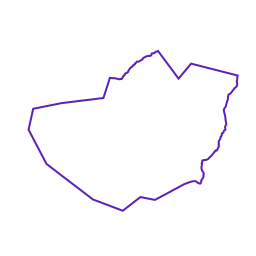 Cabana, Copán, Honduras (Albers equal-area conic projection), rotated 283°
{"feature_id": "27666195B19494062054761", "entity_name": "Cabana", "entity_type": "district", "adm_level": 2, "iso_a3": "HND", "parent_name": "Honduras", "parent_adm1": "Copán", "projection": "albers", "projection_center": [-89.051, 14.783], "detail": "fine", "context": "isolated", "style": "outline", "palette": "violet", "viewbox_px": 256, "rotation_deg": 283, "n_neighbors": 0, "source": "geoboundaries", "source_scale": "gbopen_adm2", "svg_char_len": 5512}
<svg xmlns="http://www.w3.org/2000/svg" viewBox="0 0 256 256"><g transform="rotate(283 128 128)"><path d="M112.9,207.9L113.1,208.0L113.3,208.2L113.5,208.4L113.6,208.7L113.8,209.0L113.9,209.3L114.0,209.5L114.0,209.9L114.1,210.2L114.2,210.5L114.3,210.8L114.6,211.5L114.9,211.8L115.2,212.3L115.4,212.6L115.6,212.8L116.0,213.1L117.7,214.1L119.9,215.6L120.4,215.9L120.8,216.1L121.8,216.5L122.4,216.8L123.2,217.2L124.3,217.7L124.7,218.0L125.0,218.1L125.5,218.2L125.7,218.3L125.8,218.5L125.9,218.9L125.9,219.1L125.9,219.3L126.0,219.6L126.6,219.8L127.0,219.9L128.1,220.1L128.8,220.2L129.3,220.3L130.2,220.6L130.4,220.7L130.6,220.7L130.8,220.6L131.2,220.4L131.4,220.3L131.5,220.3L131.8,220.2L132.0,220.2L132.6,220.2L132.8,220.3L133.0,220.2L133.4,220.1L133.7,219.9L133.9,219.7L134.1,219.7L134.3,219.6L134.6,219.5L135.0,219.5L135.4,219.5L135.7,219.5L136.2,219.6L136.6,219.7L137.0,219.9L137.6,220.2L137.8,220.2L138.1,220.3L138.3,220.3L138.6,220.3L138.8,220.3L139.2,220.3L139.5,220.2L139.8,220.3L140.1,220.3L140.3,220.4L140.5,220.5L141.0,220.7L141.3,220.9L141.6,220.9L141.9,221.0L142.2,221.0L142.4,221.0L142.6,220.9L143.0,220.8L143.2,220.7L143.4,220.7L143.7,220.7L143.9,220.8L144.1,221.0L144.4,221.4L144.4,221.5L144.6,221.7L144.8,221.8L145.0,221.9L145.3,222.0L145.5,222.0L145.9,221.9L146.2,221.9L146.5,222.0L147.0,222.2L147.2,222.3L147.4,222.5L147.6,222.8L147.8,223.0L148.0,223.1L148.3,223.2L148.6,223.2L148.9,223.1L149.2,223.0L149.6,222.8L150.0,222.6L150.4,222.4L150.9,222.4L151.5,222.4L151.9,222.5L152.4,222.6L152.9,222.8L153.1,222.8L153.3,222.9L153.6,222.9L153.9,222.8L154.3,222.7L154.9,222.5L155.4,222.3L156.3,221.9L157.3,221.5L158.8,220.9L160.4,220.5L160.7,220.3L161.2,220.1L163.8,218.8L165.8,217.8L166.5,217.5L166.6,217.4L166.8,217.4L167.0,217.3L167.6,217.4L168.0,217.4L168.5,217.5L168.9,217.6L169.3,217.7L169.6,217.8L170.0,218.0L170.4,218.2L170.6,218.3L171.0,218.4L171.5,218.5L172.1,218.5L173.2,218.4L173.8,218.5L174.3,218.5L176.3,218.7L177.2,218.8L178.0,218.8L178.5,218.8L179.1,218.7L180.8,218.5L182.0,218.4L182.6,218.4L182.9,218.5L183.2,218.6L183.3,218.7L183.5,218.8L184.0,219.4L184.2,219.7L184.4,219.9L184.7,220.0L185.0,220.3L185.4,220.4L187.5,221.4L190.6,222.8L190.8,222.9L191.0,223.1L191.8,223.7L192.1,224.0L192.4,224.1L192.8,224.4L193.2,224.5L193.6,224.6L193.8,224.7L194.1,224.7L194.5,224.7L194.9,224.6L195.4,224.5L196.4,224.2L196.9,224.0L197.6,223.6L197.8,223.6L198.0,223.5L198.4,223.5L198.9,223.6L199.3,223.6L199.7,223.5L201.2,223.2L201.6,223.2L202.7,223.1L203.8,223.1L204.9,175.0L187.5,166.2L209.8,139.9L209.5,139.7L209.4,139.6L209.2,139.3L208.8,138.6L208.5,137.7L208.1,137.6L207.5,137.2L207.1,136.8L206.9,136.7L206.6,136.2L206.4,135.8L206.3,135.4L206.2,134.8L206.2,134.7L205.9,134.4L205.6,134.3L205.4,134.3L205.1,134.4L204.7,134.4L204.2,134.2L203.9,134.1L203.6,133.8L203.4,133.7L203.3,133.4L203.1,133.1L203.1,132.8L203.0,132.4L203.0,132.2L202.9,131.9L202.8,131.6L202.5,130.8L202.4,130.6L202.1,130.1L201.8,129.6L201.2,128.9L200.5,128.1L199.9,127.5L199.3,126.9L199.1,126.8L198.9,126.7L198.4,126.8L198.2,126.7L197.7,126.3L196.4,124.8L195.0,123.3L194.9,123.1L194.8,122.8L194.8,122.6L194.8,122.2L194.7,121.8L194.5,121.6L194.4,121.5L194.2,121.5L194.1,121.4L193.7,121.3L193.5,121.2L193.3,121.1L193.0,120.9L192.6,120.5L192.4,120.3L192.2,120.3L191.8,120.3L191.7,120.3L191.5,120.2L191.3,120.2L191.1,120.0L191.0,119.9L190.9,119.8L190.8,119.5L190.7,119.4L190.6,119.2L190.4,119.1L190.2,118.9L189.9,118.8L189.6,118.7L189.2,118.6L188.9,118.5L188.7,118.3L188.6,118.2L188.4,118.0L188.2,117.7L187.5,117.1L187.1,116.9L186.5,116.6L185.9,116.3L185.1,116.0L184.3,115.7L184.1,115.6L183.8,115.6L183.6,115.5L183.3,115.6L183.1,115.5L182.8,115.5L182.6,115.4L182.1,115.0L181.5,114.5L181.3,114.3L181.2,114.1L180.9,113.6L180.8,113.4L180.6,113.2L180.4,113.1L180.1,112.9L179.9,112.9L179.4,112.9L179.1,112.8L178.8,112.7L178.6,112.6L178.4,112.3L178.2,112.1L177.9,111.9L177.7,111.9L177.5,112.0L177.4,112.0L177.2,111.9L176.9,111.7L174.5,110.9L174.4,110.8L174.2,110.5L174.1,110.3L174.1,110.1L174.2,109.8L174.2,109.7L174.0,109.4L173.8,109.2L173.7,109.1L173.6,108.8L173.6,108.6L173.5,107.9L173.5,107.3L173.6,106.9L173.7,106.4L173.7,106.1L173.6,105.9L173.5,105.6L173.4,105.4L173.4,105.0L173.4,104.9L173.4,104.7L173.5,104.4L173.6,104.2L173.6,103.8L173.6,103.5L173.5,103.2L173.4,102.9L173.2,102.5L173.1,102.2L172.9,100.4L172.8,99.5L172.7,99.1L151.7,97.3L137.3,57.7L125.4,31.3L104.0,31.5L74.7,56.6L50.5,109.8L46.2,141.5L63.5,155.6L64.0,170.4L85.9,195.4L86.2,195.9L86.5,196.2L89.8,201.4L90.6,203.1L91.0,204.1L91.1,204.4L91.2,204.9L91.3,205.3L91.3,205.6L91.3,205.9L91.3,206.2L91.2,206.5L91.1,206.8L90.7,207.4L90.5,207.9L90.4,208.2L90.2,208.6L90.1,209.3L90.0,210.0L90.0,210.3L90.0,210.5L90.1,210.9L90.2,211.0L90.5,211.2L90.6,211.3L90.8,211.2L91.0,211.1L91.4,211.1L91.5,211.1L92.0,211.3L92.3,211.4L92.7,211.4L92.9,211.3L93.2,211.3L93.3,211.2L93.5,211.2L93.7,211.3L93.8,211.4L94.3,211.6L94.7,211.8L95.8,212.1L96.5,212.3L96.9,212.4L97.6,212.5L98.2,212.5L98.3,212.5L98.4,212.4L98.6,212.2L98.8,212.1L99.0,212.0L99.3,212.0L99.5,212.0L99.9,212.2L100.1,212.2L100.5,212.1L100.8,212.0L101.0,211.9L101.3,211.7L101.6,211.5L101.8,211.3L102.2,210.8L102.4,210.5L102.9,210.1L103.5,209.7L104.0,209.3L104.4,209.0L104.8,208.8L105.4,208.7L105.8,208.5L106.1,208.5L107.2,208.3L108.0,208.3L108.7,208.3L109.3,208.3L109.4,208.2L109.5,208.2L109.8,208.0L109.9,207.9L110.0,207.8L110.3,207.8L110.5,207.8L110.9,208.0L111.2,208.1L111.3,208.1L111.5,208.1L111.9,207.9L112.2,207.8L112.4,207.7L112.6,207.7L112.8,207.8L112.9,207.9Z" fill="none" stroke="#5b21b6" stroke-width="2"/></g></svg>